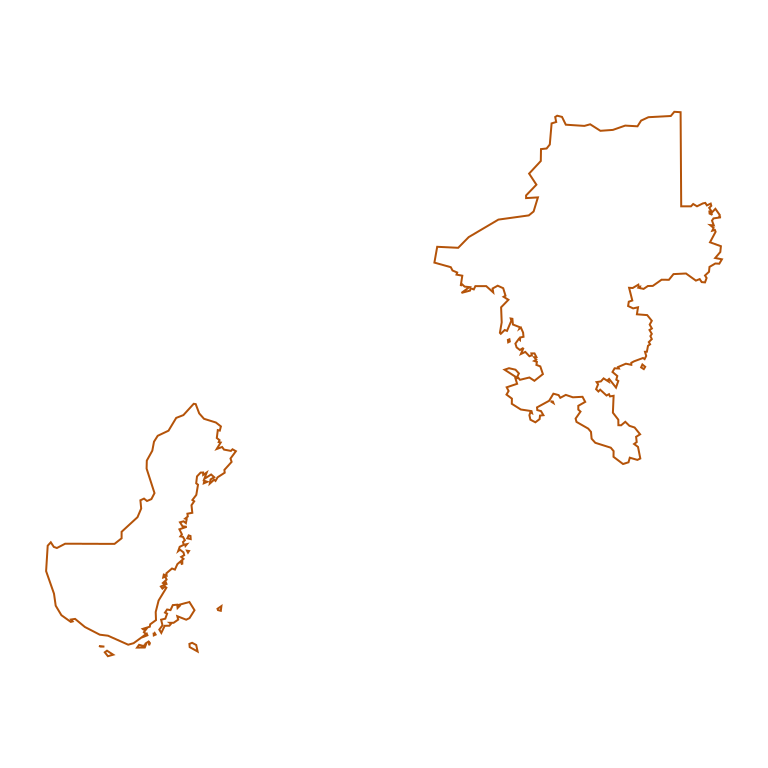 the district of Zamboanga del Sur, Zamboanga del Sur, Philippines
{"feature_id": "2640588B82692599034098", "entity_name": "Zamboanga del Sur", "entity_type": "district", "adm_level": 2, "iso_a3": "PHL", "parent_name": "Philippines", "parent_adm1": "Zamboanga del Sur", "projection": "orthographic", "projection_center": [122.897, 7.565], "detail": "fine", "context": "isolated", "style": "outline", "palette": "amber", "viewbox_px": 768, "rotation_deg": 0, "n_neighbors": 0, "source": "geoboundaries", "source_scale": "gbopen_adm2", "svg_char_len": 6116}
<svg xmlns="http://www.w3.org/2000/svg" viewBox="0 0 768 768"><path d="M715.6,231.8L714.9,230.0L712.3,230.7L713.6,227.9L710.2,225.1L713.8,225.4L712.0,220.6L713.5,218.4L720.9,217.3L719.1,216.9L719.8,215.1L715.4,208.8L711.1,213.3L712.3,214.8L709.6,213.6L709.4,211.5L711.5,211.4L709.2,207.9L711.3,205.8L710.7,203.6L706.9,205.4L705.3,202.9L702.9,203.4L697.0,206.3L693.2,204.0L691.0,206.3L681.2,206.3L680.6,112.2L674.3,111.8L670.8,116.0L648.4,117.2L641.1,120.6L637.5,126.3L625.2,125.6L612.9,129.9L600.4,130.8L590.2,124.3L584.4,125.9L565.8,124.7L562.0,116.9L557.2,115.7L555.2,117.0L556.2,122.0L551.6,123.4L549.8,144.5L546.6,148.5L541.0,149.1L540.8,161.0L529.1,173.6L536.4,184.7L526.1,195.4L526.1,198.1L537.9,197.4L533.6,211.5L528.8,215.4L498.4,219.6L468.7,237.1L458.2,247.8L437.2,246.8L434.4,262.6L450.8,267.2L452.5,270.5L457.2,272.5L456.5,274.6L462.3,275.7L460.7,285.9L462.0,284.2L464.6,286.6L469.4,287.1L461.5,292.9L470.0,290.6L470.7,288.3L473.8,289.4L475.4,286.1L486.2,286.1L493.2,292.4L492.6,288.5L497.7,285.7L503.2,288.2L505.5,295.7L503.6,296.8L508.4,299.8L501.1,307.3L501.7,322.3L499.9,332.8L500.8,333.8L504.7,330.0L507.0,330.9L511.3,320.8L510.7,318.5L512.4,318.8L512.9,324.5L520.0,327.3L519.4,328.7L520.9,327.6L523.1,332.6L523.5,336.8L520.1,337.5L520.0,340.0L518.8,338.9L515.4,343.6L516.6,347.4L519.9,350.0L522.7,348.3L523.2,348.6L520.9,354.0L525.3,351.9L529.4,356.2L531.8,355.3L531.4,353.4L534.5,353.4L536.4,357.1L534.2,357.2L536.3,359.6L534.2,360.9L536.9,361.9L536.4,364.9L540.3,366.4L542.9,374.1L534.4,380.8L529.4,377.5L520.0,379.8L517.3,376.6L518.9,373.4L515.5,369.7L509.0,368.2L504.6,369.7L517.7,378.2L515.4,378.3L517.1,383.8L506.7,387.3L508.6,391.0L506.5,394.6L511.9,398.6L511.8,403.8L520.8,409.5L531.5,411.1L532.0,413.1L530.4,412.2L529.4,415.2L530.4,419.7L535.4,422.3L539.6,419.1L540.0,415.6L543.4,415.2L541.0,411.1L537.3,410.1L537.0,407.4L549.1,400.8L553.4,393.7L558.6,395.1L560.3,397.8L565.8,394.9L572.9,397.3L582.5,396.8L585.2,401.9L578.3,405.8L578.3,409.6L580.5,411.6L575.6,418.6L576.5,421.9L588.2,428.6L591.0,431.9L591.6,438.7L595.3,442.8L610.8,447.7L613.6,451.1L613.5,456.8L623.0,464.0L628.5,462.3L629.8,457.7L637.4,459.9L640.3,458.5L638.0,446.9L634.1,444.0L636.7,442.1L636.1,436.8L640.1,434.3L634.6,427.5L629.4,425.8L625.3,421.8L621.1,425.3L618.4,425.2L618.3,419.7L612.9,412.7L613.6,395.8L610.0,396.4L609.0,394.2L606.5,395.5L600.2,389.7L598.4,391.5L596.1,389.2L598.1,384.3L596.6,382.1L600.9,381.4L603.6,378.4L608.6,381.6L608.0,379.9L609.1,378.9L616.0,387.6L618.3,381.0L616.3,379.7L617.3,376.0L612.5,372.0L614.6,368.3L618.9,368.5L618.1,367.0L625.9,363.7L631.3,364.8L631.3,362.8L634.1,361.3L643.0,358.0L644.6,359.1L646.2,355.9L645.0,351.8L646.9,351.7L648.0,345.8L650.1,344.3L648.8,342.1L651.8,339.1L650.4,336.1L651.8,333.9L649.5,330.0L651.9,328.5L649.7,324.6L651.8,320.8L647.2,315.1L636.9,314.3L638.0,307.3L633.1,308.4L628.1,306.0L628.8,301.7L632.3,300.5L629.1,287.8L632.7,288.0L638.3,284.7L638.7,287.1L640.1,286.7L639.8,288.0L638.5,287.4L638.3,287.7L643.6,288.9L647.9,286.0L652.8,285.9L661.6,279.7L668.9,279.8L673.5,274.1L686.0,273.5L695.9,280.6L699.7,279.1L701.7,282.1L705.0,282.4L706.6,278.0L705.0,275.5L709.0,271.8L709.5,266.9L715.3,263.5L719.3,263.7L721.9,259.3L715.2,258.0L720.3,252.0L720.9,246.2L710.0,242.3L715.6,231.8ZM50.8,542.3L47.7,545.7L46.1,571.1L54.0,593.7L55.7,605.7L61.4,615.2L70.8,621.9L72.6,621.4L71.1,619.5L75.1,618.9L84.9,627.0L99.8,634.7L108.0,635.7L128.2,644.7L133.6,643.2L146.1,634.1L143.9,632.2L146.2,629.2L144.5,629.8L143.3,629.4L142.7,628.9L149.8,626.7L150.2,624.3L156.0,620.1L155.7,612.0L158.6,600.5L166.4,587.7L165.0,586.6L162.4,588.6L160.9,586.5L166.5,584.0L165.8,582.3L163.9,583.7L162.9,583.0L166.6,579.6L165.4,576.8L163.2,577.5L163.8,574.6L166.6,575.6L166.4,573.3L172.0,568.5L174.9,569.6L177.4,564.1L183.5,558.9L181.2,556.9L184.2,555.2L183.5,552.4L180.0,549.7L178.2,551.1L179.7,546.8L183.8,544.8L183.0,542.0L184.9,540.2L182.9,536.8L180.4,536.4L181.9,534.3L179.4,529.3L186.7,526.8L182.5,526.3L180.0,522.3L183.6,521.3L185.9,523.1L186.7,519.1L185.2,518.6L187.8,516.5L187.4,513.7L192.3,512.8L191.5,505.2L194.2,501.3L192.4,500.0L196.3,494.9L198.0,484.7L196.2,483.3L197.0,476.4L200.6,472.6L203.1,472.5L203.2,474.9L206.7,472.5L204.3,478.9L211.1,474.5L214.2,477.2L210.6,479.4L209.8,483.6L214.1,479.7L215.5,480.9L217.6,477.3L224.7,472.7L224.4,469.9L231.6,461.9L230.5,458.5L235.9,451.2L232.5,449.3L230.9,450.9L224.0,449.6L222.1,447.0L216.7,449.0L220.7,442.5L218.7,442.1L219.5,440.1L216.8,438.0L217.8,430.1L219.8,430.6L220.9,426.4L215.9,422.5L204.0,418.8L199.2,413.4L195.7,404.1L193.7,403.8L183.4,415.1L176.2,417.9L168.5,430.7L157.7,435.8L154.0,441.7L152.3,450.7L146.8,460.6L146.6,468.6L154.5,493.1L151.4,499.1L147.0,501.0L144.0,498.6L140.4,500.3L141.2,508.5L137.5,517.2L121.6,531.8L121.6,538.3L114.5,543.9L65.2,543.7L56.9,548.0L53.8,546.9L50.8,542.3ZM189.4,602.0L178.7,604.9L179.8,605.8L177.6,608.0L177.2,604.7L172.8,605.1L170.5,610.1L167.1,609.5L165.0,612.6L167.1,613.6L165.3,618.7L161.1,619.7L162.5,625.3L159.3,629.6L161.3,632.9L164.7,625.8L169.4,625.7L171.0,623.8L169.7,622.8L173.6,622.8L178.2,619.6L177.3,616.2L186.2,619.7L189.5,618.1L194.5,610.2L189.4,602.0ZM192.1,642.8L189.4,643.9L189.7,647.1L197.6,651.5L196.2,645.0L192.1,642.8ZM107.0,650.7L104.8,652.3L107.9,656.2L113.2,654.7L107.0,650.7ZM146.2,643.9L143.4,646.0L139.1,644.8L137.1,647.6L144.8,647.5L146.2,643.9ZM642.4,364.5L641.1,367.4L643.8,369.1L645.2,366.8L642.4,364.5ZM190.5,536.0L188.7,535.4L187.3,538.3L190.7,539.1L190.5,536.0ZM221.4,606.1L217.5,608.8L218.0,610.1L220.8,610.8L221.4,606.1ZM207.3,481.8L204.3,480.8L203.8,483.3L207.3,481.8ZM509.4,339.3L507.9,339.9L508.2,342.3L509.8,341.5L509.4,339.3ZM189.0,551.0L187.0,550.7L188.0,552.6L189.0,551.0ZM552.9,401.6L550.7,401.3L553.4,403.0L552.9,401.6ZM104.4,646.6L99.0,646.0L100.6,646.6L104.4,646.6ZM182.3,561.6L181.1,562.3L181.7,563.9L182.3,563.7L182.3,561.6ZM187.0,544.1L185.2,544.5L185.5,545.9L187.0,544.1ZM155.6,634.6L154.6,632.9L154.2,633.3L153.9,634.4L153.7,634.3L153.8,635.4L155.6,634.6ZM147.4,635.3L146.8,633.8L144.8,636.3L147.4,635.3ZM148.6,641.5L147.4,642.3L149.0,642.2L149.1,645.3L149.9,643.1L148.6,641.5Z" fill="none" stroke="#b45309" stroke-width="2"/></svg>